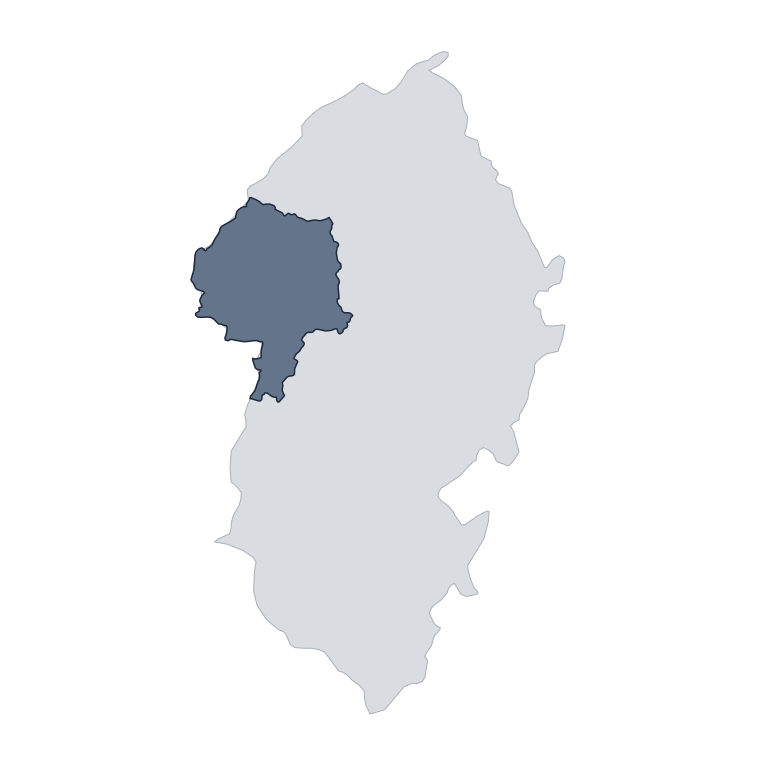 Jihočeský on a map of Czechia (Albers equal-area conic projection), rotated 87°
{"feature_id": "CZE-1593", "entity_name": "Jihočeský", "entity_type": "Region", "adm_level": 1, "iso_a3": "CZE", "parent_name": "Czechia", "parent_adm1": "", "projection": "albers", "projection_center": [14.581, 49.086], "detail": "fine", "context": "in_parent", "style": "filled", "palette": "slate", "viewbox_px": 768, "rotation_deg": 87, "n_neighbors": 0, "source": "natural_earth", "source_scale": "10m", "svg_char_len": 7813}
<svg xmlns="http://www.w3.org/2000/svg" viewBox="0 0 768 768"><g transform="rotate(87 384 384)"><path d="M712.6,415.7L710.1,416.1L704.6,418.7L697.5,419.9L689.6,419.9L683.8,424.2L678.4,431.1L672.7,435.9L669.7,440.2L668.1,444.4L648.6,457.3L646.1,462.4L644.2,469.3L643.6,478.4L642.6,486.7L639.3,491.1L628.6,495.3L626.0,497.4L624.1,501.7L618.3,508.4L611.3,514.8L598.4,522.3L584.3,525.0L565.8,523.4L554.9,521.1L549.8,524.2L542.9,533.6L535.6,549.5L532.8,561.4L530.2,558.1L525.4,545.8L520.3,544.3L513.4,543.4L508.2,541.7L496.9,534.8L491.1,532.8L484.6,532.3L478.4,536.7L473.8,541.8L459.1,542.1L442.9,540.1L419.5,524.0L413.5,523.9L407.2,524.8L397.0,521.0L377.4,510.5L368.3,508.1L362.5,509.7L357.3,512.1L353.5,512.4L351.3,508.9L344.0,504.7L336.8,504.2L334.7,506.8L332.3,530.4L329.9,539.0L319.9,538.6L316.3,542.6L308.4,554.0L306.9,565.0L293.2,562.9L286.7,561.1L280.9,562.4L274.6,568.5L256.8,568.1L242.8,564.4L236.9,550.7L230.5,545.3L222.5,540.4L219.6,539.3L215.3,531.9L206.9,522.6L193.5,509.9L182.8,510.4L179.0,507.0L177.3,502.4L173.0,494.3L168.1,488.7L162.2,486.5L153.7,479.2L142.4,463.7L132.1,452.8L122.0,452.7L115.6,447.0L109.3,439.6L104.6,432.4L97.6,415.0L92.4,405.1L88.4,398.9L83.8,393.8L82.1,389.7L88.2,380.8L90.5,376.3L93.1,372.9L94.6,369.3L94.6,366.5L89.6,357.3L82.7,350.6L72.4,343.7L66.0,335.2L63.8,327.5L63.2,323.2L58.8,317.4L55.4,309.0L55.6,304.0L56.6,302.6L60.0,302.7L63.7,306.3L69.0,313.0L73.1,322.7L76.0,319.1L81.4,309.1L90.8,297.8L100.3,291.5L108.6,291.1L115.5,289.5L121.2,286.3L131.1,287.9L138.2,290.4L140.6,289.0L143.6,283.0L145.6,277.9L161.4,275.2L167.1,265.3L170.1,265.4L173.6,263.9L177.0,260.2L180.3,258.7L182.8,260.6L186.1,261.9L189.7,259.6L195.0,248.2L197.9,246.4L211.8,244.8L230.7,238.3L240.3,232.3L249.7,229.1L259.7,223.4L275.7,217.8L276.5,215.5L269.1,209.6L266.6,205.9L265.0,202.2L267.6,198.0L271.1,196.8L275.6,198.5L288.9,201.0L292.6,203.4L293.9,209.3L297.3,214.8L300.0,215.4L299.0,224.3L303.3,227.8L309.5,230.5L313.6,229.9L316.6,226.3L317.7,223.8L325.9,223.4L334.2,219.5L334.9,213.4L334.3,201.9L335.2,200.2L347.7,203.4L360.4,208.5L362.3,219.9L365.7,225.5L369.8,230.6L373.6,232.9L380.2,233.1L397.5,239.7L405.8,241.0L414.4,245.5L421.6,250.2L426.9,251.1L429.4,256.3L432.6,259.9L438.3,257.0L458.8,252.7L466.4,257.7L471.6,263.0L472.3,264.7L469.8,269.6L468.6,273.4L466.5,275.9L459.5,278.7L455.5,283.1L452.7,287.8L454.8,292.3L460.7,295.5L464.8,296.1L466.5,299.4L480.1,313.7L491.1,332.5L495.3,335.4L499.2,336.0L503.6,333.0L508.6,326.7L514.5,322.0L519.6,319.6L528.6,314.0L528.8,310.6L520.8,297.9L516.1,287.6L517.1,285.7L526.9,287.0L543.5,292.2L569.6,309.9L574.1,309.7L583.0,308.0L592.5,304.6L596.9,300.9L598.7,302.1L600.6,312.3L598.3,318.0L587.0,323.9L587.7,326.6L590.9,330.0L596.2,332.1L602.8,338.5L607.5,345.9L611.5,349.3L615.8,350.7L626.2,346.2L629.0,342.9L630.2,340.6L632.3,341.0L636.2,344.5L637.4,346.7L647.9,350.4L654.1,355.3L658.0,357.6L662.1,355.0L678.6,358.3L683.2,361.5L685.0,367.2L684.3,370.8L687.3,379.7L709.2,400.3L712.0,411.3L712.6,415.7Z" fill="#d9dde1" stroke="#a8b0b8" stroke-width="1"/><path d="M197.7,512.2L196.0,511.2L194.3,509.9L192.6,508.8L191.0,508.4L190.9,507.0L193.1,502.4L195.4,498.8L197.6,496.7L198.1,495.9L198.4,495.1L198.4,493.8L198.3,493.0L198.2,492.1L198.2,490.5L198.5,488.3L199.9,485.0L200.9,483.9L201.8,483.4L203.0,483.7L203.5,483.6L203.8,483.3L204.8,482.0L207.5,477.1L208.4,476.3L209.4,475.6L210.2,475.3L210.8,474.8L210.8,474.3L210.4,473.2L209.1,471.8L208.7,471.2L208.5,470.7L208.6,470.1L209.0,469.5L209.6,468.7L209.9,468.1L210.0,467.6L210.1,466.7L209.5,465.3L209.5,464.8L209.6,464.2L210.1,463.6L210.5,463.2L212.2,462.2L212.7,461.8L213.0,461.2L213.5,460.1L214.0,458.2L214.9,456.3L216.9,453.1L217.3,452.2L217.4,451.2L217.3,449.9L216.8,447.2L216.6,445.4L216.8,443.0L217.5,440.2L217.6,439.5L217.5,438.2L216.3,433.3L214.9,430.1L220.7,426.9L221.2,426.8L221.7,426.9L222.8,427.7L223.4,427.9L225.4,428.0L226.1,428.2L226.6,428.4L227.2,428.8L228.9,429.8L229.8,429.9L230.8,429.8L232.5,428.9L233.1,428.5L233.8,428.1L238.6,426.7L238.9,426.5L239.1,426.2L239.7,424.4L240.2,423.4L240.8,422.9L241.9,422.3L242.6,422.2L243.3,422.3L244.3,422.8L245.5,423.8L246.1,424.0L247.9,424.1L249.2,424.6L251.8,424.7L257.5,424.0L259.5,423.2L261.2,421.4L261.6,421.1L262.1,421.0L263.3,420.8L264.9,420.8L266.0,421.1L266.5,421.4L266.9,421.7L267.2,422.7L267.4,423.1L267.6,423.3L267.9,423.4L268.3,423.5L268.7,423.7L269.1,423.9L269.5,424.4L269.7,424.8L270.2,425.4L270.4,425.7L270.6,425.8L270.9,426.0L271.4,426.2L272.1,426.2L273.1,426.1L277.7,423.5L278.5,423.4L279.7,423.3L281.0,423.6L282.7,424.5L284.5,424.8L295.4,424.4L296.6,424.7L296.5,425.1L296.5,425.6L296.5,425.9L296.7,426.1L299.0,426.5L300.1,426.3L301.1,426.0L303.5,424.6L304.9,423.1L305.6,422.8L308.7,422.1L310.1,421.0L310.7,420.0L311.0,416.1L311.0,415.6L311.1,415.2L311.7,413.9L312.1,413.3L312.4,413.0L313.6,411.9L314.1,411.8L314.5,411.9L315.0,412.4L315.7,413.4L316.0,413.7L316.6,414.0L319.5,414.9L320.0,415.3L320.3,415.9L320.4,416.3L320.4,417.3L320.9,417.6L321.9,417.7L323.8,417.3L325.0,417.8L325.7,418.2L325.9,418.7L326.2,419.6L326.5,420.3L326.9,420.9L327.4,421.5L327.9,421.9L328.3,422.2L328.8,422.3L329.4,422.2L330.8,423.7L331.2,424.4L331.5,425.1L331.5,425.8L331.1,426.5L330.4,427.0L327.0,428.0L326.4,428.4L326.2,429.0L327.7,434.3L327.9,436.8L327.9,439.5L325.8,447.7L325.8,448.8L326.1,449.7L326.5,450.5L328.1,452.0L328.4,452.4L328.6,453.0L328.7,453.7L328.4,456.8L328.6,457.5L328.8,458.3L329.4,459.1L333.1,462.5L334.9,463.7L335.8,463.8L336.7,463.5L338.4,461.9L339.3,461.6L340.1,461.7L341.7,462.6L343.9,464.7L346.8,466.6L349.4,470.1L353.4,472.6L353.8,472.6L354.2,472.3L355.9,469.7L356.4,469.3L357.0,469.1L357.6,469.2L362.8,471.8L363.2,472.1L364.3,472.4L369.1,472.9L370.0,473.2L370.5,474.0L371.0,475.3L371.2,477.8L371.4,479.1L371.8,480.1L372.3,480.8L377.0,485.2L377.4,485.4L377.8,485.5L379.5,485.2L379.9,485.1L384.6,485.9L386.0,485.8L389.8,484.2L390.2,484.1L390.6,484.2L390.9,484.4L395.7,489.0L396.3,489.8L396.5,490.3L396.5,490.7L396.3,491.1L395.9,491.4L395.4,491.7L394.7,491.9L392.5,492.1L392.0,492.2L391.7,492.4L391.5,493.0L391.4,493.7L391.3,494.8L391.1,495.5L390.6,496.5L387.5,500.4L387.0,501.0L386.9,501.6L386.7,502.8L386.8,503.4L386.9,503.8L387.1,503.9L387.4,503.8L387.7,504.0L388.0,504.3L388.5,505.4L388.9,506.0L389.5,506.5L390.2,506.6L391.7,506.7L392.9,506.9L393.4,507.2L393.8,507.7L394.3,508.4L394.4,509.0L394.4,509.6L394.0,511.2L392.5,515.0L392.2,516.2L391.8,517.1L391.5,518.6L389.2,517.8L384.3,513.6L382.1,512.4L377.7,510.9L372.9,508.5L370.7,507.9L366.1,507.9L365.6,507.6L365.2,506.8L364.6,506.2L363.9,506.2L363.5,506.8L363.3,508.9L362.9,509.7L361.6,511.3L361.1,511.7L353.5,513.8L351.6,513.7L352.2,511.6L352.2,509.5L351.8,507.5L351.1,505.4L343.3,504.8L337.8,502.9L335.6,503.2L335.3,503.5L335.2,504.0L335.2,504.7L335.3,505.5L333.9,508.7L333.9,513.0L334.4,517.6L334.4,521.8L332.3,531.2L331.6,533.2L331.4,534.2L331.6,535.2L332.1,536.4L332.5,537.3L332.7,537.6L331.6,540.2L329.6,540.4L324.4,538.4L319.2,537.6L317.7,538.2L317.2,539.7L316.8,541.5L315.8,543.3L315.3,546.2L310.0,550.8L308.2,553.9L307.8,557.9L307.9,562.6L307.4,566.5L306.9,566.9L305.4,568.5L303.7,568.4L302.9,567.4L302.4,566.0L301.3,564.6L300.6,564.4L299.1,565.0L298.3,564.9L298.0,564.2L298.0,563.2L297.9,562.3L297.2,561.7L295.7,561.8L292.7,563.3L291.2,563.6L290.0,563.3L286.0,561.2L283.7,558.4L282.2,559.4L280.0,565.3L278.4,567.0L273.2,569.2L271.1,570.8L270.4,571.1L269.4,571.2L259.5,567.7L245.4,566.0L242.0,564.6L241.1,563.8L239.4,561.6L239.0,560.8L238.6,558.7L238.7,558.3L239.3,558.1L240.0,556.7L240.3,556.5L240.8,556.6L241.2,556.4L241.4,555.5L241.2,554.6L240.6,554.1L239.9,553.9L239.4,553.4L238.8,552.1L237.1,549.6L236.3,548.6L229.6,544.8L227.4,543.0L225.6,541.6L223.7,540.5L219.7,539.4L217.8,537.4L213.1,527.7L210.8,524.1L209.5,523.3L205.8,522.6L203.9,521.7L202.2,520.0L200.7,517.6L199.7,514.9L199.5,512.0L197.7,512.2Z" fill="#64748b" stroke="#1e293b" stroke-width="1.5"/></g></svg>